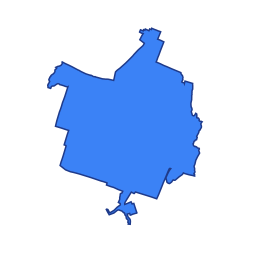 Coarnele Caprei, Iasi, Romania, rotated 65°
{"feature_id": "2599482B36833916817547", "entity_name": "Coarnele Caprei", "entity_type": "district", "adm_level": 2, "iso_a3": "ROU", "parent_name": "Romania", "parent_adm1": "Iasi", "projection": "mercator", "projection_center": [27.123, 47.391], "detail": "fine", "context": "isolated", "style": "filled", "palette": "blue", "viewbox_px": 256, "rotation_deg": 65, "n_neighbors": 0, "source": "geoboundaries", "source_scale": "gbopen_adm2", "svg_char_len": 5718}
<svg xmlns="http://www.w3.org/2000/svg" viewBox="0 0 256 256"><g transform="rotate(65 128 128)"><path d="M39.8,160.1L40.5,159.9L40.9,159.9L41.3,160.0L41.7,160.3L41.9,160.5L42.8,162.0L42.9,162.7L42.9,164.1L42.5,165.5L42.5,166.0L42.5,167.8L43.5,167.3L43.9,167.6L44.1,168.4L44.2,169.1L44.4,169.5L44.8,169.8L45.3,170.1L45.5,170.1L45.9,170.3L46.8,171.4L47.2,172.5L47.5,173.4L47.5,173.9L47.7,174.9L47.8,175.3L48.0,175.8L48.6,176.2L48.7,176.9L49.1,177.6L49.6,177.9L50.2,178.8L50.9,179.4L51.6,179.3L52.0,179.5L52.4,179.3L52.7,179.3L53.5,180.2L54.2,181.4L54.4,181.6L54.5,181.8L54.7,182.0L54.9,182.0L55.2,182.6L56.0,182.9L56.7,183.0L57.5,183.4L59.4,181.4L59.2,181.0L58.8,180.7L58.4,180.3L58.1,179.9L58.0,179.4L58.0,179.0L58.2,178.3L58.6,177.5L58.6,176.7L58.2,174.6L58.1,173.4L58.2,172.8L58.5,172.3L59.3,171.6L59.9,171.5L60.0,171.4L60.9,170.1L61.4,169.7L61.6,169.4L62.9,168.0L63.7,167.3L65.1,165.6L65.2,165.3L65.2,165.0L72.7,171.9L75.7,174.9L77.2,176.5L80.4,179.3L82.8,181.6L84.3,183.2L88.8,187.2L91.4,189.5L95.8,193.0L99.9,188.4L103.6,184.5L105.1,182.8L108.6,186.1L116.3,193.0L117.6,191.7L118.1,191.8L118.8,192.3L125.9,198.6L128.6,201.1L130.4,202.9L133.3,205.4L139.5,202.3L143.3,198.7L144.8,196.7L147.1,193.9L149.4,191.2L154.5,185.6L155.1,184.9L157.5,182.3L164.6,174.9L166.1,173.1L168.8,170.3L169.0,170.2L169.1,170.3L170.6,171.6L174.0,168.2L175.7,166.2L179.5,163.0L183.1,159.5L184.2,160.7L184.4,161.3L184.2,161.6L184.3,162.4L184.5,162.9L184.7,163.0L185.0,163.0L185.5,163.5L185.9,163.7L186.3,163.8L186.7,164.3L187.7,165.0L188.7,165.4L189.3,165.8L191.4,168.2L193.1,167.0L193.8,167.1L194.3,167.5L194.5,167.7L195.2,171.3L195.5,172.1L196.6,175.1L196.7,175.6L197.1,179.2L197.1,179.6L197.0,179.9L196.8,180.3L196.4,180.5L196.1,180.6L195.3,180.5L194.3,180.7L193.6,180.6L193.2,180.8L192.8,181.3L192.5,181.7L192.6,182.1L195.6,182.0L198.7,181.7L199.1,176.8L198.9,175.9L198.5,174.2L198.2,173.1L198.1,172.2L198.2,171.5L198.4,170.9L198.8,170.5L199.4,170.0L199.7,169.7L200.0,169.2L200.6,168.8L200.9,168.5L201.2,168.3L201.9,168.2L202.7,167.7L202.9,167.8L203.1,167.7L203.3,167.2L203.6,167.1L204.1,167.1L205.5,167.5L206.1,167.3L206.2,167.2L206.5,167.1L207.0,167.1L209.3,167.7L209.7,167.7L209.8,167.5L210.7,167.1L211.2,167.0L212.1,167.0L212.4,167.2L213.0,167.6L213.1,167.9L213.4,168.0L214.1,167.7L214.5,167.9L215.2,168.4L216.2,166.7L213.9,165.4L212.6,164.9L212.2,164.8L211.4,164.8L210.6,164.9L209.2,165.4L208.6,165.5L205.7,165.2L206.1,162.6L207.9,162.8L208.1,162.1L208.1,160.3L208.5,157.5L208.8,156.2L208.8,155.9L208.7,155.8L208.2,155.7L207.5,155.7L198.8,154.6L198.5,156.4L196.2,156.4L196.2,156.5L196.1,160.4L195.9,163.2L194.8,162.8L194.3,162.3L192.9,160.3L187.5,152.1L189.9,150.3L190.0,150.1L190.0,149.9L189.2,148.5L189.2,148.2L189.4,148.0L198.3,138.2L200.7,135.6L204.3,131.9L201.2,128.3L195.2,121.9L192.5,119.1L190.5,116.8L183.1,108.7L182.6,108.1L182.4,107.8L182.3,107.0L182.9,106.4L184.0,108.5L185.9,111.0L187.8,113.2L189.2,114.7L193.7,115.6L194.7,115.1L195.7,114.2L195.9,113.7L195.4,111.3L194.9,110.5L194.2,109.2L194.2,108.9L194.9,108.2L195.0,108.0L195.2,107.2L193.8,102.1L193.2,98.7L193.1,98.4L192.9,97.9L192.1,96.8L193.1,96.0L193.9,95.1L196.3,92.3L198.3,89.6L198.7,89.0L199.3,88.5L199.7,87.9L199.2,87.7L198.8,87.6L198.6,87.4L198.2,87.3L197.4,87.7L197.2,87.5L196.9,86.9L196.6,86.7L196.6,86.3L196.1,86.0L195.6,85.7L194.3,85.6L193.9,85.2L192.8,84.7L191.3,84.5L190.5,84.2L189.0,82.6L185.8,80.1L185.3,79.4L183.3,77.0L182.5,75.8L181.0,73.7L178.6,73.4L178.3,73.4L177.9,73.1L177.2,72.2L176.6,72.1L176.3,72.2L176.0,72.8L175.7,73.2L175.2,73.6L174.2,73.8L173.6,74.4L173.3,74.5L173.2,75.1L172.9,75.3L172.8,75.5L172.4,75.6L172.2,75.8L171.5,76.0L170.6,75.9L170.1,75.7L169.7,75.6L169.5,75.0L168.1,73.9L167.9,73.5L167.9,73.4L168.0,73.1L168.0,72.9L167.6,72.5L167.5,72.3L167.4,71.9L167.4,71.7L167.5,71.5L167.6,71.1L167.6,70.8L167.0,70.4L166.9,70.2L166.6,70.0L166.3,69.9L166.1,69.5L165.7,69.2L165.4,69.2L164.9,69.4L164.5,69.2L163.0,67.1L162.4,66.3L161.5,65.4L160.7,65.0L160.6,64.5L160.2,63.8L160.2,63.4L159.8,63.1L158.7,61.5L158.4,61.2L157.9,60.9L157.1,60.6L155.1,60.3L154.6,59.8L153.7,58.2L153.4,58.5L152.9,58.8L152.6,59.3L152.4,59.8L152.0,60.2L151.2,60.4L150.7,60.0L150.1,59.8L149.2,59.9L148.6,60.1L148.3,60.6L148.2,61.0L147.7,61.3L146.9,60.8L146.5,60.8L146.0,60.4L145.5,60.3L144.4,59.8L143.3,60.4L144.0,61.4L144.7,62.4L144.7,63.3L144.5,63.7L143.9,64.1L143.3,64.3L142.1,64.0L140.1,63.8L139.7,63.6L138.8,62.5L138.5,62.2L138.1,62.1L136.9,61.7L136.7,61.8L136.4,61.9L135.1,61.7L133.5,61.1L132.5,60.7L131.0,59.7L129.9,58.8L129.0,58.2L127.7,57.6L126.6,57.0L125.9,56.8L125.6,56.7L125.0,56.0L124.1,55.7L122.9,55.0L121.8,54.5L120.7,53.7L120.2,53.0L117.1,51.5L115.5,50.9L115.0,50.7L114.9,50.6L109.6,56.5L111.5,58.1L110.9,58.0L110.6,58.2L110.4,58.6L109.9,59.2L109.4,59.7L109.0,59.7L108.5,59.4L108.1,58.7L107.3,57.8L106.7,57.8L106.5,57.6L105.4,56.8L103.4,56.5L103.0,56.7L100.9,57.0L100.2,56.8L100.1,56.7L92.8,63.4L88.8,66.9L86.6,69.0L83.5,71.5L80.1,74.6L77.9,72.3L76.8,71.3L75.0,69.3L71.4,65.7L65.1,59.1L62.3,61.4L60.7,62.9L60.1,63.6L54.6,57.7L53.6,58.6L53.4,59.0L51.3,60.9L49.9,62.3L47.6,64.4L48.6,65.3L47.4,66.5L48.7,67.9L45.6,70.5L46.5,71.4L45.5,72.3L46.4,73.2L44.3,75.2L45.4,76.4L45.8,76.9L46.0,77.0L47.7,75.7L48.8,74.3L50.1,76.3L53.0,80.0L58.1,77.4L59.4,79.1L59.8,79.9L60.3,81.5L61.2,84.6L61.6,85.9L62.4,87.9L63.9,91.6L64.7,93.2L65.9,96.4L68.2,102.8L70.3,109.8L71.1,113.5L71.7,115.1L71.9,115.6L73.3,116.7L76.8,119.3L78.8,120.9L76.9,123.3L75.4,125.4L74.9,126.3L74.1,128.0L73.9,128.2L72.7,130.3L67.8,136.1L67.6,136.1L67.1,137.1L66.7,137.6L66.2,138.1L65.7,138.3L64.9,138.9L64.4,139.4L64.3,139.6L64.4,140.0L63.7,140.5L61.1,143.3L57.0,146.7L55.1,148.0L54.1,148.9L48.9,152.8L45.8,155.3L43.0,157.7L39.8,160.1Z" fill="#3b82f6" stroke="#1e3a8a" stroke-width="1.5"/></g></svg>